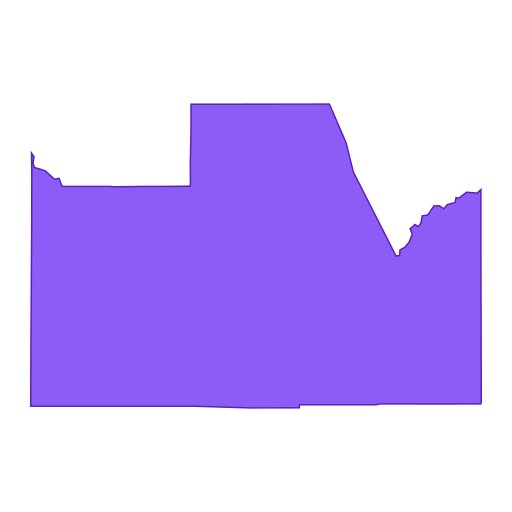 the district of Pinal, Arizona, United States of America
{"feature_id": "52423323B99674467123190", "entity_name": "Pinal", "entity_type": "district", "adm_level": 2, "iso_a3": "USA", "parent_name": "United States of America", "parent_adm1": "Arizona", "projection": "natural_earth1", "projection_center": [-111.21, 32.984], "detail": "fine", "context": "isolated", "style": "filled", "palette": "violet", "viewbox_px": 512, "rotation_deg": 0, "n_neighbors": 0, "source": "geoboundaries", "source_scale": "gbopen_adm2", "svg_char_len": 900}
<svg xmlns="http://www.w3.org/2000/svg" viewBox="0 0 512 512"><path d="M329.4,104.1L226.5,104.2L191.0,104.2L191.0,111.1L191.0,131.6L190.3,163.6L190.4,181.9L190.3,186.2L177.2,186.3L164.0,186.4L146.2,186.4L112.0,186.8L110.9,186.4L62.1,186.4L59.0,178.3L54.4,179.2L45.4,170.9L34.4,167.4L33.0,163.2L34.0,156.7L31.5,153.1L31.8,173.1L31.7,223.4L30.9,350.5L30.7,406.2L135.8,406.2L136.3,406.2L193.6,406.2L249.6,407.9L299.4,407.8L299.4,404.8L376.1,404.8L379.6,403.9L394.9,403.9L433.4,404.0L480.8,403.9L481.3,402.2L480.9,254.8L480.9,253.9L480.9,189.6L477.2,193.1L466.6,192.2L459.0,198.0L456.0,197.7L455.1,202.6L447.5,204.5L443.9,208.7L439.3,205.8L433.9,205.9L427.7,215.1L422.3,215.8L420.9,223.1L418.3,226.6L415.0,224.5L410.1,228.8L412.3,234.2L409.1,242.2L404.7,247.4L400.0,249.9L399.6,255.5L396.0,256.0L353.4,172.1L351.1,163.0L346.2,143.1L329.4,104.1Z" fill="#8b5cf6" stroke="#5b21b6" stroke-width="1.5"/></svg>